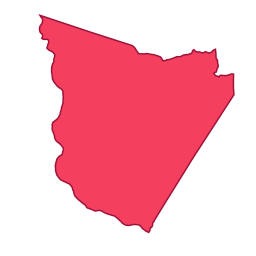 Barão de Grajaú, Maranhão, Brazil, rotated 97°
{"feature_id": "56859067B33143624051874", "entity_name": "Barão de Grajaú", "entity_type": "district", "adm_level": 2, "iso_a3": "BRA", "parent_name": "Brazil", "parent_adm1": "Maranhão", "projection": "natural_earth1", "projection_center": [-43.215, -6.594], "detail": "fine", "context": "isolated", "style": "filled", "palette": "rose", "viewbox_px": 256, "rotation_deg": 97, "n_neighbors": 0, "source": "geoboundaries", "source_scale": "gbopen_adm2", "svg_char_len": 2762}
<svg xmlns="http://www.w3.org/2000/svg" viewBox="0 0 256 256"><g transform="rotate(97 128 128)"><path d="M223.8,92.6L222.0,91.8L219.1,91.8L217.9,91.0L216.1,90.4L197.4,81.9L167.7,68.1L150.3,60.1L139.8,55.0L138.6,54.4L113.7,42.3L111.9,41.4L109.4,40.2L101.3,36.3L82.1,26.9L80.5,27.2L75.0,28.3L68.1,29.1L61.6,29.8L61.8,31.8L62.2,33.0L63.1,34.3L63.7,36.1L64.2,38.2L64.3,40.3L64.2,42.0L64.8,43.2L66.2,43.9L65.6,45.3L65.7,46.6L65.1,47.8L64.2,48.6L63.4,49.5L62.4,48.8L61.8,47.4L60.9,47.1L57.9,46.7L56.7,46.1L55.5,46.0L54.5,46.2L53.2,46.8L52.2,47.0L50.6,47.3L49.4,47.7L48.6,48.7L47.4,49.2L45.7,49.5L43.1,49.9L39.2,50.8L40.1,52.3L41.0,53.4L42.4,54.2L43.7,56.4L43.5,57.9L43.1,59.5L42.8,60.6L44.2,62.2L44.5,63.5L43.8,66.0L44.0,68.3L44.0,70.3L43.0,71.1L42.2,72.1L43.3,73.3L44.8,73.4L46.2,74.2L46.9,75.8L47.8,77.2L48.0,79.0L48.9,81.9L49.6,83.0L50.6,84.2L51.0,86.2L51.3,88.3L52.2,89.9L53.1,91.3L53.8,93.0L54.8,94.9L55.5,97.7L56.4,99.0L57.1,101.3L56.0,102.3L54.9,102.9L53.5,104.5L53.1,105.9L52.3,110.4L52.0,111.6L52.1,113.6L51.9,116.4L51.8,118.7L52.4,120.4L52.7,121.9L52.7,123.2L52.9,124.9L52.8,126.5L49.3,129.7L48.3,130.4L47.3,131.4L46.4,132.6L45.6,134.3L37.7,175.6L26.9,229.1L28.4,228.0L29.2,227.1L30.1,226.3L31.1,225.9L33.4,225.9L34.7,226.1L37.0,227.4L38.4,227.9L39.5,228.0L41.6,227.7L43.2,227.1L44.1,226.5L45.1,224.9L47.0,223.7L49.3,224.6L50.1,223.5L50.3,222.1L49.8,219.5L50.3,217.9L52.4,217.0L54.4,217.6L56.3,217.8L58.5,218.3L60.1,216.5L61.7,212.2L63.6,210.0L65.5,209.4L68.8,210.0L71.3,209.7L73.5,210.6L76.7,211.1L80.1,210.9L82.5,210.5L83.5,210.0L86.3,209.4L88.4,209.0L90.8,207.5L91.6,206.9L93.4,205.0L94.3,204.1L95.5,202.7L98.0,198.1L100.1,196.9L101.8,196.8L104.9,196.1L110.3,195.6L111.9,195.7L115.9,196.4L118.3,196.5L120.4,197.0L123.0,197.1L124.6,197.9L126.3,198.3L128.7,200.3L131.6,203.3L134.2,203.7L135.5,203.3L137.6,203.3L139.4,202.8L144.0,200.3L146.6,199.6L148.3,198.7L149.8,197.4L152.4,193.1L153.9,191.5L156.2,189.6L158.1,189.5L159.4,189.9L161.4,190.0L162.7,190.6L164.0,192.3L165.4,193.5L166.6,194.3L168.2,194.9L170.7,195.2L172.5,195.4L173.5,195.5L174.9,195.5L176.3,195.1L177.4,194.9L178.9,194.7L180.5,194.1L182.3,193.3L183.4,192.8L184.3,191.9L185.4,191.0L187.6,188.6L188.0,187.3L188.7,185.6L189.5,182.8L190.3,180.8L190.5,179.6L191.9,177.9L193.6,176.2L196.2,175.2L197.7,174.2L200.4,173.3L202.2,172.1L205.1,168.6L208.1,163.9L209.4,161.5L210.6,160.1L211.6,159.5L212.3,158.5L213.6,152.9L214.2,151.5L214.3,149.8L213.7,148.4L213.2,145.7L213.9,143.1L214.8,141.4L215.8,137.9L217.0,130.6L217.9,129.1L219.3,126.8L221.0,124.7L221.9,123.3L222.9,122.4L224.3,119.7L224.7,117.8L224.6,115.0L223.2,111.3L222.9,109.5L222.8,105.6L223.8,103.6L225.9,101.5L227.2,99.1L228.2,97.6L229.1,94.7L227.4,93.8L224.6,93.8L223.8,92.6Z" fill="#f43f5e" stroke="#9f1239" stroke-width="1.5"/></g></svg>